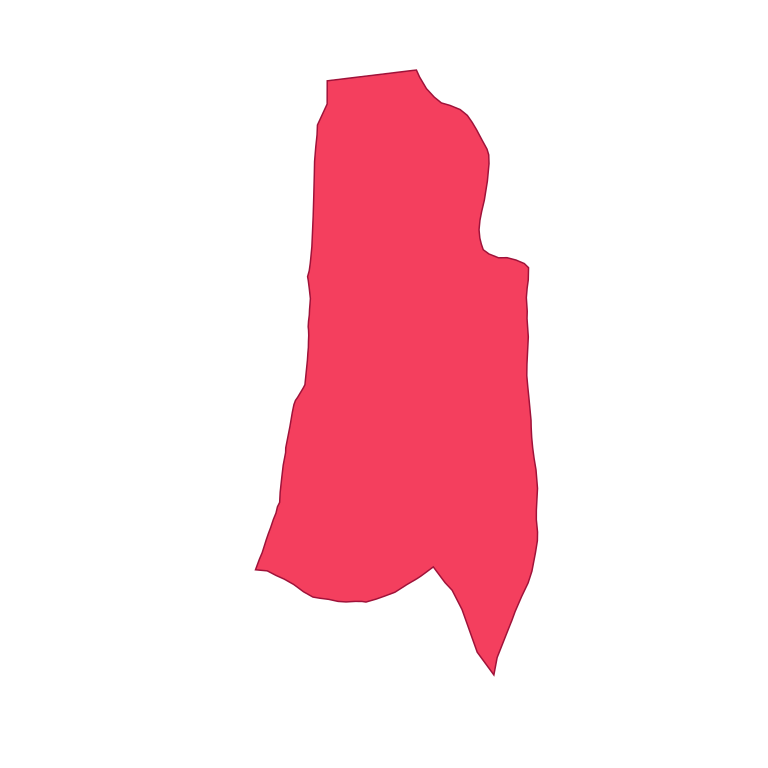 Monchy/Vieux Sucreic/Careffe, Gros Islet, Saint Lucia (Robinson projection), rotated 167°
{"feature_id": "8701671B37181005506912", "entity_name": "Monchy/Vieux Sucreic/Careffe", "entity_type": "district", "adm_level": 2, "iso_a3": "LCA", "parent_name": "Saint Lucia", "parent_adm1": "Gros Islet", "projection": "robinson", "projection_center": [-60.949, 14.057], "detail": "fine", "context": "isolated", "style": "filled", "palette": "rose", "viewbox_px": 768, "rotation_deg": 167, "n_neighbors": 0, "source": "geoboundaries", "source_scale": "gbopen_adm2", "svg_char_len": 1813}
<svg xmlns="http://www.w3.org/2000/svg" viewBox="0 0 768 768"><g transform="rotate(167 384 384)"><path d="M285.8,683.1L371.1,692.2L376.4,669.6L390.6,651.3L393.2,641.8L397.3,629.9L401.6,616.4L404.9,603.3L410.1,583.1L415.4,562.9L423.4,534.0L427.0,523.2L428.8,517.9L431.4,511.1L434.3,505.8L434.5,502.0L435.3,494.1L436.5,483.8L438.2,478.3L439.8,473.3L441.3,467.9L443.3,462.5L445.0,456.8L445.4,453.5L446.4,448.3L448.0,442.5L449.5,436.5L451.1,431.6L453.3,424.3L461.2,401.1L463.4,398.5L471.3,390.3L473.9,388.0L476.4,384.2L479.7,377.0L485.2,363.8L490.3,352.4L494.1,343.9L495.3,339.3L500.5,327.5L505.3,314.0L509.5,301.9L512.3,292.1L515.4,288.4L518.3,282.5L522.2,277.0L526.8,269.5L530.4,264.1L533.9,258.5L536.0,254.9L540.6,247.1L544.9,241.2L551.0,231.9L539.8,228.2L532.2,221.7L525.2,216.4L517.1,209.0L509.1,199.6L501.2,192.4L494.7,189.7L486.3,186.6L477.7,182.5L470.0,180.2L461.2,178.7L454.4,177.1L450.6,175.6L439.9,176.2L431.1,177.2L420.0,178.7L407.2,183.3L395.4,187.0L391.1,188.6L377.1,194.7L369.2,176.7L364.0,167.7L358.7,146.7L353.5,101.7L342.4,75.8L335.3,92.0L324.0,108.4L314.2,122.6L312.9,124.4L307.5,132.7L297.7,146.0L288.3,157.8L282.0,168.3L274.4,185.5L269.8,196.8L267.7,205.2L266.1,217.5L263.9,226.9L257.9,247.8L255.2,266.2L254.5,277.7L253.5,288.3L252.1,298.8L250.3,308.9L248.9,315.6L245.9,338.1L244.5,349.2L243.0,360.0L240.3,371.0L232.8,397.4L229.9,415.7L228.1,422.5L225.9,436.1L223.0,445.1L220.0,453.0L217.0,464.8L220.2,469.8L227.5,475.1L235.7,479.4L244.0,481.2L252.5,487.1L257.1,492.5L257.7,498.4L257.8,504.6L256.7,512.9L253.7,521.9L250.0,530.2L244.9,540.5L237.6,558.5L232.1,575.1L230.4,583.7L230.8,589.7L233.7,600.0L236.7,611.2L239.2,619.0L242.4,627.0L248.0,634.2L257.0,640.6L264.9,645.0L270.5,652.2L276.2,662.2L280.3,675.2L281.8,682.6L285.8,683.1Z" fill="#f43f5e" stroke="#9f1239" stroke-width="1.5"/></g></svg>